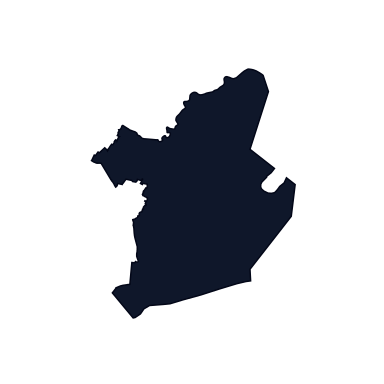 Het Hogeland, Groningen, Netherlands (orthographic projection), rotated 127°
{"feature_id": "6326949B63985747686653", "entity_name": "Het Hogeland", "entity_type": "district", "adm_level": 2, "iso_a3": "NLD", "parent_name": "Netherlands", "parent_adm1": "Groningen", "projection": "orthographic", "projection_center": [6.588, 53.413], "detail": "fine", "context": "isolated", "style": "filled", "palette": "ink", "viewbox_px": 384, "rotation_deg": 127, "n_neighbors": 0, "source": "geoboundaries", "source_scale": "gbopen_adm2", "svg_char_len": 5855}
<svg xmlns="http://www.w3.org/2000/svg" viewBox="0 0 384 384"><g transform="rotate(127 192 192)"><path d="M234.0,255.9L233.0,255.6L232.6,255.6L232.1,255.7L232.0,255.8L231.9,255.7L231.4,255.8L230.4,256.3L229.9,256.4L228.0,252.3L227.8,252.4L225.2,252.3L224.8,252.4L221.5,252.4L219.0,247.0L219.2,246.3L219.4,245.8L218.5,244.0L217.9,242.8L216.1,242.6L214.8,243.2L213.4,239.4L212.0,239.6L211.9,239.6L211.8,239.4L211.5,239.4L211.5,239.1L212.6,238.8L213.2,238.8L214.5,238.5L216.2,238.3L215.9,236.2L214.7,236.5L212.7,232.4L215.0,230.8L215.3,230.6L215.9,230.6L216.2,230.5L216.3,230.5L216.3,231.1L216.4,231.3L219.7,231.1L220.1,231.3L220.6,231.3L220.8,231.2L220.7,231.0L220.8,230.8L221.1,230.6L221.6,230.5L222.0,230.6L222.3,230.6L222.5,230.4L222.4,230.2L222.6,230.0L222.9,230.0L223.1,230.2L223.7,230.2L223.8,230.0L223.7,229.8L223.8,229.6L224.2,229.4L224.3,229.2L224.4,228.8L224.3,228.6L224.1,228.3L224.0,227.6L224.1,227.2L223.7,225.4L223.6,224.9L223.7,224.4L223.6,224.1L223.6,223.9L224.1,223.9L224.9,223.1L225.3,222.9L226.0,222.9L226.9,222.8L227.3,224.3L227.7,224.2L227.2,222.7L228.7,222.6L229.5,222.3L229.7,222.1L229.7,221.7L229.6,221.3L229.5,221.1L229.8,220.8L230.5,220.6L231.3,221.5L231.5,221.6L232.6,221.6L233.2,221.7L233.7,221.5L233.9,221.2L234.4,220.8L234.6,221.1L234.9,221.1L234.9,220.5L235.6,220.7L235.8,221.0L236.5,220.6L236.8,220.6L237.0,220.6L237.5,220.2L238.0,220.2L239.2,221.1L240.1,221.4L240.6,221.3L241.5,221.0L241.6,220.9L241.6,220.6L241.9,220.2L242.1,220.1L242.7,220.0L243.0,220.1L243.5,220.7L243.8,220.9L244.0,220.8L244.4,220.3L245.1,220.2L246.4,220.7L247.0,221.1L247.3,221.2L247.7,221.0L249.2,222.3L249.7,222.7L250.3,222.1L251.1,220.8L251.5,220.3L252.5,219.7L253.1,219.5L253.3,219.2L253.7,218.8L254.0,218.8L254.0,218.7L253.9,218.6L254.8,217.9L255.8,216.7L259.5,213.5L261.6,211.5L263.0,209.9L268.6,202.8L270.5,201.4L270.5,201.2L271.4,200.8L272.7,199.9L274.6,199.0L275.4,198.4L276.3,197.7L276.5,197.6L277.4,196.4L279.5,193.2L280.2,193.2L280.6,193.3L280.9,193.4L281.3,193.9L281.5,194.2L281.5,194.7L281.4,194.8L281.4,195.1L281.5,195.3L282.3,195.2L282.9,195.0L284.5,197.6L303.2,186.0L303.5,186.3L304.6,187.6L305.1,188.0L308.1,191.0L310.1,192.6L312.8,194.2L313.0,194.2L313.9,194.9L314.0,194.6L314.2,194.8L320.5,194.9L328.0,163.2L326.5,161.9L320.4,159.8L314.3,160.1L308.2,157.6L299.0,147.2L294.5,142.3L283.8,134.5L268.6,122.8L253.4,112.1L238.2,101.0L231.1,95.1L227.7,91.7L218.8,99.2L151.7,98.1L124.0,114.1L123.8,125.1L129.3,123.9L134.8,125.3L136.6,125.2L138.8,125.2L141.3,125.4L142.9,125.7L145.3,127.8L147.1,130.6L148.0,135.1L147.7,138.4L146.7,140.1L144.5,141.7L142.0,142.2L135.3,141.3L134.5,141.8L129.0,140.4L123.6,140.3L123.0,171.4L65.8,191.4L56.2,205.2L56.0,205.8L56.0,206.8L56.1,208.8L56.2,209.9L56.5,212.3L56.7,213.7L57.1,215.0L57.4,216.1L58.2,218.0L58.7,218.9L59.2,219.8L60.0,221.1L60.6,221.5L63.9,223.0L66.5,223.7L73.3,225.1L74.2,225.4L74.7,225.7L76.3,226.8L76.6,227.1L76.9,227.6L77.5,228.9L77.5,229.2L78.0,231.2L78.9,233.5L79.3,234.0L79.6,234.3L80.0,234.5L80.5,234.7L81.1,234.7L81.6,234.7L82.1,234.6L83.1,233.9L84.4,232.5L85.2,231.9L85.6,231.6L86.6,231.3L87.6,231.2L88.6,231.5L91.4,232.6L93.7,233.0L94.7,233.2L95.5,233.7L97.0,234.9L98.0,235.3L99.6,235.7L102.7,238.5L104.5,240.0L106.2,240.9L107.2,241.7L108.4,242.6L109.0,243.3L109.4,243.7L109.7,244.2L109.9,244.9L110.2,245.7L110.1,246.8L110.1,248.1L110.2,248.7L110.4,249.2L110.8,249.9L111.2,250.4L111.9,250.9L113.2,251.5L114.1,251.7L115.0,251.8L115.9,251.7L116.5,251.4L118.1,250.4L119.4,249.6L120.2,249.4L120.7,249.4L121.3,249.6L122.3,250.2L123.2,251.1L124.0,252.2L124.3,252.4L124.6,252.6L125.2,252.6L125.8,252.3L126.4,251.7L127.0,250.8L127.6,249.3L128.0,248.5L128.4,248.1L129.1,247.9L129.8,248.0L131.7,248.7L132.7,248.9L133.9,248.9L137.1,248.9L140.2,249.4L141.6,249.4L143.0,248.9L144.3,248.1L144.5,247.8L145.0,246.8L145.7,244.9L146.0,244.3L146.3,244.0L146.6,243.8L147.1,243.9L148.8,244.5L149.6,244.6L150.6,244.3L151.7,243.8L152.1,243.7L152.3,243.9L153.0,244.7L154.4,247.3L154.6,248.0L154.8,248.8L154.9,250.5L155.1,250.8L155.5,251.0L156.1,250.9L156.7,250.4L157.0,250.1L158.1,248.8L158.4,248.5L159.1,248.1L159.3,247.8L159.4,247.5L159.3,247.2L158.5,246.3L158.2,246.0L158.1,245.5L158.1,245.2L158.2,244.8L158.6,244.3L159.1,244.0L160.3,243.6L161.3,243.5L161.9,243.6L162.6,243.8L163.3,244.3L163.7,244.8L163.8,245.1L163.9,245.5L163.8,246.0L163.2,246.9L163.2,247.1L163.3,247.4L163.5,247.7L164.5,248.2L165.9,248.5L166.7,248.5L167.2,248.3L167.5,248.1L167.8,247.8L168.1,246.8L168.4,246.6L169.3,246.7L170.5,247.3L171.3,248.1L171.4,248.5L171.6,249.0L171.5,249.5L170.9,250.6L171.0,250.9L172.0,252.2L173.6,254.8L177.0,260.2L178.3,262.2L179.1,264.0L179.1,264.7L179.0,265.5L178.8,266.3L178.7,267.5L178.8,268.0L179.1,268.9L179.2,270.0L179.1,270.3L178.5,271.0L178.3,271.3L178.2,271.6L178.2,272.1L178.2,273.3L178.3,273.9L178.9,275.6L179.4,277.3L180.0,279.3L180.0,279.5L179.9,280.4L179.9,280.6L180.1,282.3L180.5,287.3L181.5,287.7L182.0,287.5L184.5,286.7L184.6,286.9L184.6,287.0L185.8,287.2L186.4,288.0L186.8,287.5L187.0,287.0L187.3,286.8L188.0,286.9L188.3,286.7L188.4,286.9L188.6,286.9L188.6,286.7L189.0,286.4L189.2,286.6L190.1,286.0L190.1,285.7L190.7,285.7L190.7,285.8L191.9,285.6L191.6,284.1L191.4,283.3L192.5,283.6L194.4,283.2L194.6,283.2L196.0,282.8L195.7,283.1L196.0,283.5L196.5,283.7L196.6,283.9L196.4,284.3L196.7,284.4L197.3,284.5L198.8,284.3L198.9,283.9L199.4,283.8L201.9,283.6L202.2,284.9L204.4,284.9L207.2,284.7L208.4,284.8L209.0,284.8L209.0,284.3L210.1,284.2L209.6,285.2L209.2,288.3L216.5,289.6L216.6,290.0L216.5,290.7L216.6,291.1L220.9,291.0L221.3,292.3L227.1,291.1L227.4,291.1L227.3,290.0L227.2,288.7L227.0,287.9L226.9,287.8L226.5,285.9L226.0,285.0L224.5,283.1L224.3,282.6L223.7,282.0L230.8,264.5L230.9,264.2L230.8,263.9L231.0,263.9L231.5,262.5L231.7,261.4L232.1,260.2L232.3,259.9L232.7,258.8L233.3,257.8L233.9,256.3L233.9,256.1L234.0,255.9Z" fill="#0f172a" stroke="#020617" stroke-width="1.5"/></g></svg>